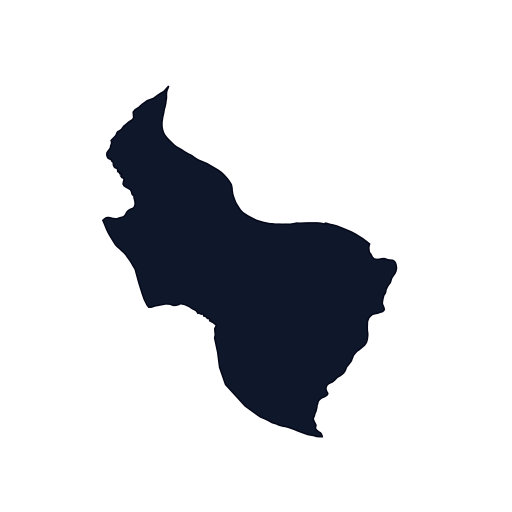 Huoixai, Bokeo, Laos, rotated 243°
{"feature_id": "54806243B92190499984155", "entity_name": "Huoixai", "entity_type": "district", "adm_level": 2, "iso_a3": "LAO", "parent_name": "Laos", "parent_adm1": "Bokeo", "projection": "orthographic", "projection_center": [100.641, 20.359], "detail": "fine", "context": "isolated", "style": "filled", "palette": "ink", "viewbox_px": 512, "rotation_deg": 243, "n_neighbors": 0, "source": "geoboundaries", "source_scale": "gbopen_adm2", "svg_char_len": 6084}
<svg xmlns="http://www.w3.org/2000/svg" viewBox="0 0 512 512"><g transform="rotate(243 256 256)"><path d="M357.3,135.7L353.4,135.5L347.8,135.0L344.4,134.9L340.9,135.0L333.3,135.6L330.0,135.9L327.4,136.6L323.8,138.1L322.1,138.6L319.5,139.7L316.1,140.6L313.7,140.9L312.4,141.1L309.4,141.6L306.0,141.9L302.9,142.0L299.0,142.3L285.7,139.5L273.3,137.4L267.9,136.7L261.6,136.7L259.0,137.2L257.9,139.6L257.3,143.5L254.2,154.0L252.1,157.5L249.6,159.8L248.6,161.7L247.9,164.3L247.7,167.3L245.1,170.5L240.8,173.9L239.8,174.3L237.6,175.6L236.7,176.3L235.0,177.5L233.7,178.0L232.8,178.1L231.3,178.2L231.2,179.0L230.9,179.4L229.9,180.1L228.9,181.0L228.8,181.5L228.3,182.5L227.8,182.8L227.3,182.8L226.9,182.3L226.4,182.3L225.9,182.4L225.7,182.9L225.3,183.5L224.1,184.0L223.2,184.1L222.8,184.4L222.1,184.7L221.7,185.1L221.5,185.9L221.3,186.2L220.7,186.2L220.1,185.9L219.8,185.7L219.6,185.5L219.3,185.3L218.7,186.0L217.5,186.5L216.6,187.4L216.3,187.5L215.5,187.9L214.9,188.1L214.4,188.3L213.5,188.9L213.2,189.1L212.1,188.9L211.4,188.2L210.7,187.2L210.2,186.4L209.1,185.9L208.3,185.5L206.3,184.7L204.5,184.1L201.7,181.9L187.5,178.1L173.3,173.0L155.3,170.5L127.3,178.2L113.0,185.5L110.5,186.9L106.5,190.3L104.1,192.1L100.5,194.5L99.4,195.5L97.4,197.7L95.1,199.5L92.5,202.3L90.8,204.6L89.8,205.8L88.5,207.2L86.9,208.7L84.3,211.2L81.9,213.2L80.3,214.6L78.7,216.1L77.3,217.4L75.8,218.8L73.3,221.2L69.6,226.1L67.8,227.9L66.9,229.3L66.3,230.3L64.9,233.0L65.5,233.2L66.6,233.3L67.6,233.4L69.1,233.2L70.5,232.3L71.9,231.6L73.6,230.9L74.4,230.8L75.3,230.8L75.7,230.9L76.4,231.3L77.7,232.5L78.4,232.7L79.3,232.7L82.3,232.7L84.3,232.9L84.9,233.0L85.2,233.3L85.6,233.8L85.9,234.0L86.2,234.1L86.4,234.5L86.9,235.3L88.6,236.7L89.4,237.6L89.9,238.1L90.3,238.9L90.8,239.2L91.4,239.7L92.0,240.3L93.5,241.5L95.6,242.9L96.6,244.1L97.6,244.8L98.5,245.9L99.1,247.2L99.4,248.3L99.7,249.6L99.7,251.3L99.5,252.4L99.5,253.7L99.7,255.5L99.9,256.3L100.3,257.0L100.7,257.5L101.5,257.6L102.9,257.5L105.2,257.8L106.2,258.2L106.8,258.5L107.3,259.0L108.3,260.1L108.7,260.7L109.1,262.1L109.3,263.2L109.2,264.9L109.1,266.5L109.3,268.0L109.7,269.6L110.3,271.3L110.9,273.0L111.1,274.7L111.1,276.5L111.6,279.4L112.0,280.9L113.1,283.0L114.5,284.7L115.4,285.6L116.3,286.8L116.6,287.8L117.6,289.9L118.8,292.5L119.5,293.6L120.5,294.6L121.2,295.5L122.0,296.3L122.9,297.3L123.6,298.4L124.2,299.8L124.6,300.8L125.2,302.3L125.5,303.6L125.6,305.1L126.1,307.4L126.3,308.2L127.3,312.3L128.3,314.1L129.1,315.4L131.3,317.4L134.0,319.2L135.4,320.0L137.0,320.7L138.6,321.2L141.6,322.6L144.5,324.2L146.0,325.0L147.4,325.9L148.4,327.1L149.6,328.4L150.2,329.8L151.1,333.0L150.8,334.8L150.4,336.4L149.8,338.4L149.6,340.2L149.0,343.5L149.4,345.1L150.3,346.2L150.6,346.2L152.4,346.6L155.7,346.8L157.1,347.4L159.9,349.4L162.0,351.2L162.4,351.5L163.3,352.6L163.9,353.9L165.2,355.3L167.0,356.6L168.0,357.9L168.9,359.1L170.0,360.8L171.0,363.0L171.9,364.2L173.5,365.7L174.9,367.1L175.5,368.3L176.2,369.4L177.0,371.1L177.9,372.5L179.0,373.8L181.2,375.6L182.7,376.2L184.9,376.9L186.7,377.1L188.4,376.9L190.1,375.9L191.2,374.2L192.6,372.0L193.2,371.4L194.8,369.9L195.5,369.1L196.5,366.9L196.8,365.5L197.4,363.8L197.8,362.7L198.4,361.7L199.2,360.7L199.7,360.0L200.7,359.6L201.4,359.4L202.0,359.2L202.9,359.1L204.6,359.2L205.3,359.2L205.9,359.1L206.2,358.9L207.6,358.8L208.4,358.8L209.9,359.4L211.9,360.1L212.5,360.5L213.3,361.1L214.0,361.6L214.9,362.5L215.3,362.7L216.8,361.9L218.3,361.3L220.9,360.0L223.0,359.0L224.7,358.0L226.6,356.8L230.0,354.8L233.9,352.1L239.6,347.3L245.6,342.1L246.7,340.9L248.4,339.1L250.2,336.8L251.4,335.4L252.4,334.5L253.8,332.8L253.0,332.3L254.2,330.6L256.3,327.9L258.2,324.7L259.6,321.8L261.0,319.1L262.5,316.1L263.6,313.7L265.3,309.9L267.0,307.0L267.5,304.8L268.8,300.8L270.8,297.0L272.4,293.7L274.0,290.9L275.6,287.6L276.9,285.8L278.5,283.0L279.9,281.2L282.4,278.1L285.3,275.0L287.6,272.6L290.3,270.6L295.4,267.0L300.4,264.1L303.9,263.0L306.6,262.7L309.5,262.4L312.7,262.2L316.0,262.5L319.0,262.9L321.8,263.4L325.3,264.6L327.2,265.4L330.1,266.3L331.7,266.4L335.4,266.0L337.2,265.7L340.2,265.0L342.9,264.2L345.6,263.3L347.7,262.3L350.1,261.0L358.5,255.6L360.6,254.3L362.1,253.0L364.6,250.9L367.0,248.8L368.6,247.6L371.0,246.2L374.9,244.2L377.6,242.1L381.3,239.7L384.6,237.9L389.8,234.4L392.6,233.2L399.5,230.9L402.1,230.2L405.4,229.6L408.0,229.6L411.0,230.1L413.7,230.9L416.8,232.4L417.9,233.0L421.9,235.8L423.6,237.2L425.8,239.0L428.3,240.8L430.2,242.6L433.0,244.9L435.0,246.2L436.7,247.5L438.0,248.3L440.5,249.5L441.9,250.3L443.4,251.4L444.5,252.5L445.6,253.9L446.8,255.1L447.1,255.4L444.9,249.8L444.4,248.2L444.3,245.2L443.9,241.6L443.0,236.2L443.8,229.6L442.9,223.7L442.0,220.2L441.6,219.1L441.3,214.8L440.0,211.9L434.9,209.8L433.9,208.5L433.5,207.1L433.2,203.7L432.1,199.2L431.8,197.3L430.4,194.6L429.9,193.6L429.5,191.1L429.6,189.7L429.2,188.4L428.4,187.5L427.3,186.3L426.6,184.9L425.3,181.0L424.8,179.4L422.4,178.8L421.1,177.6L420.1,176.5L418.3,175.2L415.8,170.2L414.2,169.1L413.1,168.7L411.0,168.5L410.3,168.7L409.8,169.1L409.1,169.3L408.7,170.0L408.1,170.3L407.6,170.5L407.2,170.9L406.2,170.6L405.4,170.7L404.7,171.1L404.2,171.3L403.5,171.0L402.4,170.4L401.5,170.2L400.9,170.3L400.1,170.0L399.6,170.4L398.8,170.4L398.4,170.8L397.8,171.2L397.6,171.5L397.6,171.9L396.6,172.0L395.8,171.8L395.4,171.6L394.8,171.7L394.3,171.6L394.1,171.2L393.8,171.2L393.3,171.5L392.9,172.4L392.5,172.1L392.0,172.3L391.6,172.0L391.1,172.0L390.8,172.3L390.2,172.7L390.1,173.1L390.0,173.6L389.8,173.6L389.6,173.0L389.3,172.7L388.3,172.4L388.3,172.1L388.4,171.9L386.7,172.2L386.6,172.5L386.3,172.8L385.7,172.9L385.6,173.0L385.1,173.6L384.9,173.7L384.5,173.4L381.1,170.6L380.3,170.2L378.4,170.3L376.8,171.2L372.6,174.0L371.5,174.3L369.7,174.2L368.2,173.8L366.8,173.7L365.4,174.3L364.5,174.4L363.1,173.7L361.7,173.4L359.2,172.8L356.7,171.6L354.9,169.7L354.4,168.5L354.7,164.4L354.3,162.2L353.6,160.5L352.2,158.6L351.3,156.9L351.2,155.4L351.4,153.9L351.8,152.6L352.3,149.2L352.7,148.0L353.8,146.5L354.6,145.2L355.2,144.7L356.6,143.0L357.4,141.9L357.9,140.6L358.1,139.4L357.8,137.6L357.3,135.7Z" fill="#0f172a" stroke="#020617" stroke-width="1.5"/></g></svg>